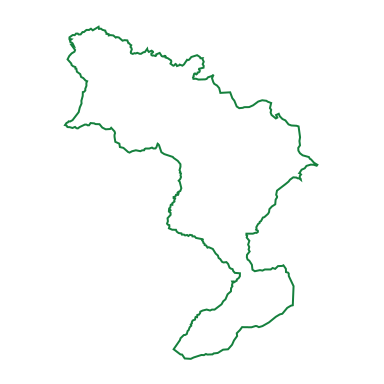 the district of San Calixto, Norte de Santander, Colombia, rotated 89°
{"feature_id": "7082276B87116730162989", "entity_name": "San Calixto", "entity_type": "district", "adm_level": 2, "iso_a3": "COL", "parent_name": "Colombia", "parent_adm1": "Norte de Santander", "projection": "orthographic", "projection_center": [-73.16, 8.446], "detail": "fine", "context": "isolated", "style": "outline", "palette": "green", "viewbox_px": 384, "rotation_deg": 89, "n_neighbors": 0, "source": "geoboundaries", "source_scale": "gbopen_adm2", "svg_char_len": 5946}
<svg xmlns="http://www.w3.org/2000/svg" viewBox="0 0 384 384"><g transform="rotate(89 192 192)"><path d="M167.0,66.2L164.9,69.5L161.5,72.4L160.8,73.6L159.1,74.5L157.3,80.6L156.5,81.7L155.1,83.4L152.5,84.9L149.8,85.0L147.2,83.2L142.9,83.7L139.2,83.0L128.3,84.3L127.6,86.4L127.2,91.5L126.1,94.3L122.0,97.4L120.6,100.3L117.8,102.9L115.3,103.9L116.5,106.6L119.1,105.4L119.9,106.9L116.4,111.1L113.9,112.0L111.2,111.4L109.5,112.6L104.4,111.3L103.0,114.8L102.1,116.0L101.5,120.2L102.7,124.2L106.4,129.4L108.1,133.4L108.1,138.3L108.7,139.7L109.0,143.3L107.3,145.8L101.4,148.1L99.0,150.0L93.0,152.1L93.4,161.9L88.6,163.0L86.0,165.1L84.2,167.9L82.5,168.8L78.6,170.0L75.1,168.4L76.3,169.9L77.6,174.0L79.2,175.4L79.6,176.9L79.7,183.6L78.8,186.1L78.9,188.6L77.4,189.0L76.7,188.3L75.8,188.4L73.8,187.7L73.5,186.9L74.5,185.7L73.8,184.7L72.6,184.3L72.5,183.1L71.8,182.3L70.7,182.1L69.5,182.9L68.9,182.7L67.9,178.3L66.1,178.1L64.4,179.1L62.0,178.0L59.0,179.3L58.4,179.0L58.4,181.2L57.1,181.8L55.3,184.5L57.0,190.3L59.6,192.5L60.1,193.8L59.7,194.6L64.3,197.8L65.5,199.4L64.4,202.1L65.1,202.7L65.8,204.8L64.2,205.5L63.7,206.3L65.1,207.6L65.4,208.5L63.3,211.3L61.5,210.4L60.1,210.6L57.8,213.9L57.0,216.3L56.4,216.5L56.0,216.0L55.5,216.3L55.4,217.1L56.1,218.5L55.6,219.9L52.4,221.9L53.8,225.4L54.9,225.4L55.4,226.1L54.8,228.0L54.9,229.3L54.3,230.2L53.1,230.3L51.5,228.5L51.0,228.6L50.0,229.9L51.2,232.7L49.3,234.1L48.1,234.3L51.3,236.7L51.4,238.1L52.9,240.5L52.9,241.9L51.9,244.3L52.5,245.9L52.2,247.1L52.9,248.8L52.2,250.5L51.1,250.8L48.3,249.7L46.9,250.1L45.9,251.0L44.2,250.2L43.5,251.3L42.2,252.2L42.1,253.0L39.3,254.0L39.0,256.8L39.5,258.8L36.2,262.5L35.8,264.6L36.3,265.5L34.1,267.9L33.7,270.9L34.0,272.5L32.7,272.6L32.4,274.8L31.2,274.8L30.3,275.7L29.1,275.9L28.3,278.7L27.1,280.2L27.3,282.1L25.2,282.5L28.6,288.4L27.0,290.2L28.2,292.2L28.1,294.7L30.2,297.3L30.2,298.7L32.5,300.6L32.5,302.6L31.6,303.5L31.6,305.2L33.1,306.5L33.0,308.6L35.2,311.8L36.8,311.9L37.2,309.9L38.4,311.4L40.3,310.9L40.4,309.9L41.3,308.8L43.7,307.7L42.6,309.4L42.7,310.1L48.0,306.4L49.7,307.1L51.3,309.9L53.8,312.3L57.2,314.1L61.4,310.5L62.9,310.2L64.2,308.7L65.0,306.5L66.6,306.4L66.7,305.5L69.7,305.0L72.2,301.7L75.0,300.9L76.2,298.7L78.8,296.4L79.4,294.9L81.1,295.7L84.0,295.7L86.9,296.9L88.6,296.9L89.9,298.1L90.2,299.4L94.1,299.6L98.9,301.0L101.6,300.9L105.5,302.7L110.2,303.9L118.1,310.2L119.4,312.7L119.2,314.1L120.3,315.0L120.7,316.2L122.9,317.8L123.5,316.1L124.6,315.7L125.0,314.9L125.0,313.2L125.9,310.4L124.9,307.8L126.2,306.4L126.4,305.0L125.1,303.2L122.7,297.9L122.8,296.3L123.5,295.1L123.5,293.8L121.3,292.2L121.7,288.5L122.4,287.4L122.6,283.3L126.0,280.6L127.8,277.2L127.6,272.8L126.4,271.7L130.1,268.4L131.8,267.9L133.6,268.5L135.5,268.5L140.5,267.8L142.4,263.8L145.8,263.3L146.7,259.8L150.9,255.2L151.5,253.7L150.2,251.2L149.3,247.4L150.3,242.9L149.5,241.2L149.4,239.1L148.2,238.6L147.7,237.5L147.8,234.0L146.9,231.2L147.8,229.9L147.8,227.7L146.4,226.7L143.1,225.5L143.3,225.2L144.5,224.2L151.7,221.9L153.6,219.1L156.6,210.6L157.6,209.8L160.6,205.7L164.0,203.1L166.6,203.1L170.0,204.1L171.3,203.4L172.5,203.8L173.2,202.7L175.2,203.2L176.8,202.7L178.9,203.6L180.5,205.1L181.6,204.1L188.0,202.6L190.8,203.7L191.4,205.1L192.2,205.3L192.0,206.1L192.7,206.6L193.3,206.5L193.9,205.7L194.6,206.0L194.6,208.1L196.3,208.7L196.7,210.5L197.8,210.5L198.4,209.1L200.1,209.9L201.2,209.7L202.8,211.8L204.4,211.9L204.1,212.9L204.5,213.5L207.2,214.0L208.0,215.1L209.6,215.3L209.3,214.3L209.8,213.8L210.6,214.5L210.7,215.3L211.2,215.4L212.5,213.8L214.5,213.8L217.8,216.9L220.8,216.6L223.2,217.5L224.2,216.8L224.7,215.3L226.3,215.2L227.9,215.7L229.4,212.4L229.5,208.7L231.3,208.0L232.8,206.1L233.2,203.3L234.4,202.9L234.5,200.7L235.3,199.7L234.9,197.6L235.9,196.4L234.8,194.8L235.3,192.6L236.4,192.3L236.4,190.2L238.0,188.8L239.4,182.2L239.8,182.0L240.6,182.7L241.8,181.7L243.0,181.6L243.9,180.4L245.2,180.3L245.8,178.7L247.9,177.5L247.5,176.2L249.3,172.2L254.0,169.4L256.0,167.2L258.5,166.5L259.5,165.0L262.4,163.1L263.0,161.7L262.7,158.8L264.6,157.1L268.3,155.8L269.2,154.6L269.8,152.8L271.8,152.1L273.6,150.6L274.1,145.5L277.1,145.6L278.9,146.8L280.2,148.7L281.4,148.8L283.1,151.7L283.0,152.3L282.2,152.2L282.2,153.4L283.4,152.9L285.9,153.7L286.8,153.2L288.9,154.6L292.0,154.8L294.9,158.2L299.9,160.4L301.8,162.7L304.8,164.4L310.0,171.5L309.9,174.0L310.8,176.0L309.8,179.4L310.7,183.4L311.8,185.8L313.1,186.0L314.7,187.1L315.0,188.8L317.2,189.1L316.9,190.2L317.2,190.7L319.6,191.2L320.5,193.6L322.3,194.5L323.4,194.4L324.5,195.6L325.7,195.1L327.2,196.7L330.1,197.8L330.9,198.8L333.9,199.7L334.8,201.3L334.9,202.7L338.0,206.0L340.0,206.7L348.9,213.1L354.2,206.4L354.4,204.7L358.3,202.2L358.8,196.1L357.5,193.3L355.1,185.4L355.3,182.9L354.2,180.9L354.8,179.6L354.7,174.3L353.8,173.2L353.4,169.1L350.2,163.7L349.9,158.7L345.4,154.6L341.1,152.6L336.8,149.4L334.0,149.7L330.9,146.5L328.0,144.3L328.3,134.9L327.1,130.8L327.2,129.6L328.3,127.5L327.3,123.9L323.7,117.3L318.2,110.3L315.9,106.3L315.3,103.8L309.5,98.8L307.4,95.1L307.0,93.2L287.9,92.1L277.7,96.7L275.2,96.7L274.3,97.4L273.7,99.4L270.4,99.5L266.9,101.9L267.5,103.1L267.6,107.3L270.3,110.2L269.4,112.7L270.8,114.6L270.7,120.5L271.8,122.9L271.3,125.4L272.3,130.6L270.7,132.9L265.8,133.4L261.7,135.9L260.5,137.6L258.2,138.3L255.8,138.1L252.5,135.4L250.5,136.4L248.0,135.7L245.6,136.8L241.8,135.5L238.5,138.1L236.8,137.6L236.0,138.4L234.6,138.3L234.7,131.8L233.8,129.1L234.0,128.1L233.0,126.8L231.8,126.9L230.8,128.6L229.8,128.1L228.3,128.3L225.2,126.5L224.2,125.0L223.0,124.8L222.3,123.5L218.8,121.6L218.4,120.1L215.1,116.3L213.4,115.3L210.5,114.9L207.8,112.3L205.8,109.0L201.1,108.5L198.9,107.1L198.0,107.0L196.3,107.9L192.1,107.0L185.3,97.8L183.3,95.3L181.4,93.8L179.1,90.5L179.4,87.3L180.1,86.3L180.3,84.5L181.6,83.0L180.6,83.2L179.7,84.1L177.9,83.9L176.4,82.7L175.8,83.5L174.8,83.6L174.8,84.2L171.6,82.0L170.3,78.9L167.9,77.1L166.7,72.8L166.9,69.9L167.9,66.9L167.0,66.2Z" fill="none" stroke="#15803d" stroke-width="2"/></g></svg>